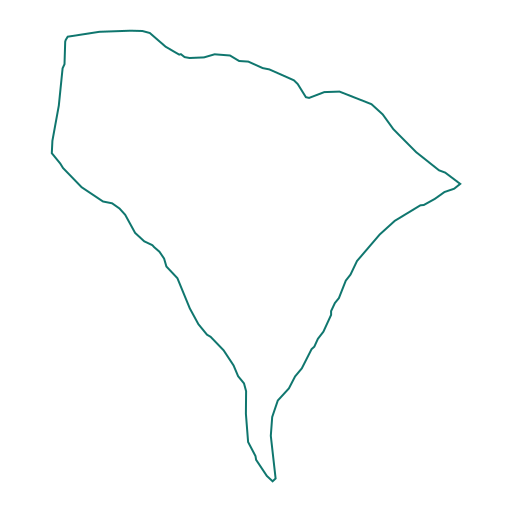 Alotenango, Sacatepéquez, Guatemala
{"feature_id": "79465075B60145282500225", "entity_name": "Alotenango", "entity_type": "district", "adm_level": 2, "iso_a3": "GTM", "parent_name": "Guatemala", "parent_adm1": "Sacatepéquez", "projection": "robinson", "projection_center": [-90.818, 14.441], "detail": "fine", "context": "isolated", "style": "outline", "palette": "teal", "viewbox_px": 512, "rotation_deg": 0, "n_neighbors": 0, "source": "geoboundaries", "source_scale": "gbopen_adm2", "svg_char_len": 1225}
<svg xmlns="http://www.w3.org/2000/svg" viewBox="0 0 512 512"><path d="M65.2,41.7L64.5,64.2L62.6,68.3L58.8,105.7L52.4,140.8L51.8,153.2L60.3,163.6L63.0,168.0L81.6,187.2L103.0,201.5L112.1,203.3L119.5,208.5L125.2,214.8L135.1,232.9L144.2,241.3L152.4,245.2L154.2,247.2L159.5,251.8L164.1,258.6L166.4,266.5L177.4,278.2L189.8,308.4L198.4,324.2L207.0,334.7L210.6,336.8L223.6,350.3L233.6,365.5L238.1,376.2L244.0,383.4L246.1,391.2L245.9,413.8L248.1,442.0L255.5,456.1L256.1,459.8L266.8,475.9L272.6,481.3L275.6,478.5L270.8,435.8L272.2,417.0L277.8,400.5L288.9,388.4L295.1,376.4L301.8,368.4L311.6,349.1L314.3,346.7L317.9,338.8L323.4,331.7L331.1,314.9L331.1,311.1L334.9,303.0L338.9,298.1L345.8,280.6L350.5,274.6L357.0,261.0L379.7,234.5L394.8,220.8L420.4,205.3L423.8,205.0L434.8,198.9L444.5,192.0L454.2,188.7L460.2,183.9L445.2,172.6L439.0,170.3L416.2,152.2L399.3,135.2L393.3,129.1L382.7,114.4L371.5,104.2L339.5,91.6L324.3,92.1L309.1,97.9L305.9,97.2L297.7,84.0L293.9,80.3L269.3,69.4L262.7,68.1L248.3,61.6L239.1,61.0L230.0,55.5L214.6,54.3L204.0,57.4L189.6,58.0L184.6,57.1L180.9,54.2L179.2,54.6L173.8,51.5L165.6,46.7L149.8,33.0L142.4,31.0L130.6,30.7L99.4,31.8L67.7,36.7L65.7,40.0L65.2,41.7Z" fill="none" stroke="#0f766e" stroke-width="2"/></svg>